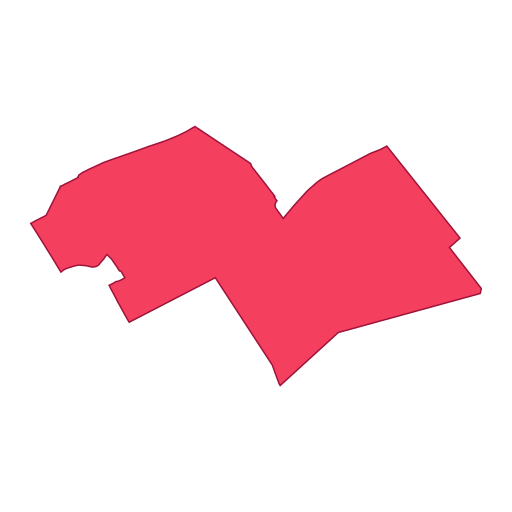 the district of Muharam Bik, Al Iskandariyah, Egypt
{"feature_id": "37247803B18141858630320", "entity_name": "Muharam Bik", "entity_type": "district", "adm_level": 2, "iso_a3": "EGY", "parent_name": "Egypt", "parent_adm1": "Al Iskandariyah", "projection": "mercator", "projection_center": [29.924, 31.184], "detail": "fine", "context": "isolated", "style": "filled", "palette": "rose", "viewbox_px": 512, "rotation_deg": 0, "n_neighbors": 0, "source": "geoboundaries", "source_scale": "gbopen_adm2", "svg_char_len": 2086}
<svg xmlns="http://www.w3.org/2000/svg" viewBox="0 0 512 512"><path d="M480.2,293.5L480.3,293.3L481.3,288.5L449.4,247.5L460.0,238.1L386.8,146.1L380.1,149.6L371.8,152.8L369.0,154.1L358.2,159.8L352.1,163.0L338.8,169.9L329.9,174.5L327.3,175.9L325.2,177.0L323.2,178.1L322.8,178.3L322.3,178.6L320.5,179.7L317.8,181.7L315.6,183.5L314.6,184.4L314.1,184.8L313.7,185.2L310.6,187.9L308.0,190.2L306.5,191.7L294.6,204.8L291.9,208.0L286.3,214.7L284.8,216.5L284.6,216.8L284.3,217.1L283.3,218.5L283.1,218.3L282.9,218.1L281.0,215.3L278.8,212.4L276.0,208.5L275.8,208.1L275.5,207.6L275.1,206.2L275.1,205.7L275.0,205.1L275.2,203.9L275.5,203.2L275.7,202.5L276.6,201.3L277.0,200.8L276.9,200.7L274.1,196.8L274.4,196.5L274.8,196.3L272.1,192.7L271.9,192.5L271.7,192.3L267.9,187.4L266.6,185.6L253.4,168.7L251.7,166.5L250.6,163.5L194.9,126.5L185.7,131.9L177.1,136.0L164.8,141.0L149.0,146.3L139.2,149.9L125.9,154.6L117.6,157.5L111.8,159.5L106.6,161.4L105.9,161.6L105.2,161.9L103.1,162.7L98.7,164.8L98.4,164.9L98.0,165.1L92.3,167.7L88.9,169.3L88.3,169.6L87.6,170.0L82.3,172.6L80.8,173.7L78.9,175.0L77.9,176.9L78.2,177.4L77.0,178.1L73.7,179.7L70.2,181.6L63.9,184.6L63.6,184.9L63.4,185.1L62.9,185.3L60.2,186.3L60.0,187.1L59.8,187.8L59.7,187.9L57.9,191.6L46.1,215.4L35.3,220.9L35.3,221.0L30.7,223.4L34.2,228.9L44.3,244.9L44.4,245.1L44.5,245.3L54.5,261.5L60.9,272.1L64.0,269.7L66.6,268.4L70.1,267.3L74.0,266.1L78.4,265.1L78.8,265.1L79.2,265.1L81.4,265.3L85.0,265.6L85.3,265.6L88.0,266.1L91.5,267.0L94.3,266.9L96.7,266.3L99.1,264.5L99.7,263.7L100.2,263.0L103.9,258.8L105.2,256.7L106.8,254.9L107.0,254.8L107.1,254.7L111.5,259.0L116.9,266.9L119.4,270.9L120.2,271.0L120.9,271.1L124.7,277.5L124.8,277.6L124.9,277.8L120.6,280.2L117.6,281.4L117.0,281.4L116.3,281.4L112.2,283.8L109.1,285.3L112.0,291.0L112.5,291.8L113.0,292.7L115.0,296.6L116.4,299.2L118.2,302.8L119.6,305.1L119.9,305.7L120.2,306.2L122.7,310.9L124.7,314.5L125.0,315.0L125.3,315.6L128.3,320.8L128.8,321.5L129.2,322.2L215.3,277.7L272.3,365.1L279.2,384.0L279.7,384.6L280.2,385.5L338.3,332.5L480.2,293.5Z" fill="#f43f5e" stroke="#9f1239" stroke-width="1.5"/></svg>